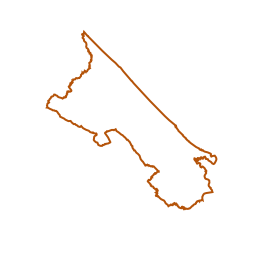 Tha Sala, Nakhon Si Thammarat, Thailand (Equal Earth projection), rotated 322°
{"feature_id": "78962969B88164862603856", "entity_name": "Tha Sala", "entity_type": "district", "adm_level": 2, "iso_a3": "THA", "parent_name": "Thailand", "parent_adm1": "Nakhon Si Thammarat", "projection": "equal_earth", "projection_center": [99.868, 8.707], "detail": "fine", "context": "isolated", "style": "outline", "palette": "amber", "viewbox_px": 256, "rotation_deg": 322, "n_neighbors": 0, "source": "geoboundaries", "source_scale": "gbopen_adm2", "svg_char_len": 5892}
<svg xmlns="http://www.w3.org/2000/svg" viewBox="0 0 256 256"><g transform="rotate(322 128 128)"><path d="M179.3,203.2L177.5,202.2L176.1,201.8L176.2,200.7L177.3,199.7L177.3,199.1L175.8,196.3L173.9,193.8L173.4,192.7L173.3,191.5L172.5,191.4L172.4,190.0L171.9,190.1L171.6,189.9L171.2,188.8L171.5,188.1L170.0,185.0L168.0,178.1L168.0,177.6L167.6,176.3L167.8,176.0L167.2,174.2L167.3,174.0L167.0,172.0L167.3,171.8L166.7,169.0L166.6,167.7L166.9,167.5L166.0,161.3L166.2,160.8L166.3,157.8L167.0,156.2L166.2,156.2L166.6,155.1L167.0,155.1L165.3,147.4L164.4,141.6L162.0,120.3L160.0,96.2L160.0,93.3L159.8,93.2L159.2,80.3L159.3,75.7L158.6,74.0L158.2,69.0L157.2,64.1L155.3,51.5L153.0,31.8L153.1,30.9L152.8,30.7L152.5,25.2L152.1,25.5L151.6,26.7L149.9,25.9L149.5,25.9L149.3,26.5L149.9,27.7L149.8,28.3L148.1,28.6L147.7,29.1L147.9,30.8L147.1,32.1L147.0,32.7L147.4,34.6L147.3,35.4L146.5,36.9L145.1,38.2L144.7,39.5L145.1,40.7L144.9,42.3L144.7,42.6L144.0,42.7L143.8,43.2L143.9,43.7L144.4,43.9L144.1,45.1L143.8,45.4L144.5,45.8L144.0,47.1L144.2,48.4L143.7,48.9L143.5,48.6L143.4,49.4L142.9,49.9L142.6,49.7L142.2,50.4L141.1,51.9L140.7,51.6L140.1,52.5L139.9,52.3L139.3,52.8L137.5,52.9L136.8,54.5L136.0,55.0L136.1,55.7L135.2,55.9L135.1,56.2L134.9,56.2L134.9,57.4L132.4,57.3L130.6,58.1L129.5,57.8L129.3,57.9L129.3,56.5L129.2,56.3L128.7,56.8L127.5,56.8L127.1,57.2L126.5,57.4L126.3,56.5L126.0,57.0L125.3,56.7L124.9,57.1L123.6,57.2L123.0,58.1L120.5,58.7L120.0,58.2L118.6,57.7L118.2,57.0L117.7,56.7L116.3,57.1L115.4,56.5L114.7,56.5L114.6,56.2L114.0,56.6L113.6,56.2L113.4,56.6L112.4,57.1L112.4,58.0L112.0,58.1L111.6,57.3L111.4,57.4L111.6,57.8L111.3,58.1L110.5,57.4L109.9,58.5L109.4,58.1L109.2,58.6L108.6,58.5L108.4,59.0L107.6,59.2L107.2,58.8L106.8,58.9L106.6,59.7L106.6,63.1L106.3,63.8L105.9,64.0L104.6,63.7L104.0,62.6L103.1,62.1L102.9,62.7L102.1,62.4L101.9,62.9L101.1,63.1L101.0,63.7L100.7,63.7L100.0,64.3L98.8,64.4L98.5,64.7L98.6,65.1L98.0,65.5L97.6,65.4L97.1,64.8L96.8,64.9L96.2,64.3L95.6,64.7L94.5,64.5L94.3,63.7L92.5,61.3L91.9,60.0L92.1,59.4L91.9,58.7L91.4,58.1L91.1,56.9L90.4,56.2L88.9,56.8L87.9,56.7L87.1,56.2L86.5,56.3L85.2,57.0L84.2,57.0L83.2,57.5L81.8,57.5L81.6,57.9L81.6,59.2L80.7,59.4L80.1,59.1L79.2,59.4L78.5,60.2L78.0,60.4L77.4,61.8L76.7,62.0L77.5,62.9L78.1,64.5L79.4,66.9L79.5,67.6L80.7,68.7L81.1,69.7L81.9,70.3L82.2,71.7L82.0,74.0L82.2,75.4L81.5,77.3L83.5,81.4L83.8,82.9L85.3,85.9L87.1,87.1L87.1,89.1L87.6,91.5L88.7,92.2L88.9,93.6L89.6,94.8L89.7,96.1L90.7,97.5L91.0,97.7L92.3,97.6L92.5,100.5L93.9,103.7L95.4,106.0L95.7,108.0L96.8,109.6L97.2,109.6L97.7,110.0L97.8,110.5L97.6,110.7L98.8,112.1L99.1,112.8L99.6,112.9L99.5,113.6L98.8,114.2L97.0,113.9L96.0,114.1L93.7,116.3L93.6,117.5L94.0,119.5L94.9,120.7L94.2,123.1L95.2,125.0L96.5,126.1L97.6,125.8L98.3,126.5L100.0,126.4L100.4,127.0L100.9,126.9L102.9,128.0L105.2,128.4L105.4,128.2L106.5,123.1L106.7,118.0L107.0,117.7L107.8,117.6L108.6,118.0L109.5,117.6L110.2,118.3L114.0,119.5L115.5,120.7L115.6,121.1L117.5,121.4L117.1,123.4L117.9,125.5L118.7,129.2L119.3,130.3L119.5,132.2L119.9,133.9L119.9,136.7L120.5,137.0L120.6,139.3L120.8,139.7L120.2,143.1L120.0,143.4L120.3,145.1L120.1,145.3L119.9,145.1L119.2,147.1L119.3,148.3L119.0,149.4L119.6,149.9L119.4,152.6L119.9,154.5L120.1,156.8L118.8,160.4L118.8,162.6L119.0,163.8L118.6,168.1L119.3,168.0L119.8,168.8L120.4,168.8L120.3,169.2L120.7,169.2L121.0,169.8L121.3,169.9L121.3,170.3L121.5,170.4L121.4,170.7L121.6,170.7L122.3,172.2L122.7,172.3L123.0,172.8L123.1,172.6L123.7,173.0L124.3,174.0L124.6,174.1L125.3,180.6L125.6,181.0L125.3,181.3L125.1,181.0L124.9,181.1L124.3,180.5L122.9,180.9L122.3,180.6L122.1,180.8L121.8,180.5L121.6,181.0L121.3,181.0L120.7,180.4L120.2,180.3L119.4,180.7L117.4,180.8L116.9,181.4L116.6,181.2L116.5,181.8L115.9,181.5L115.3,181.6L114.9,182.3L113.2,182.5L112.3,181.6L111.5,182.1L111.0,182.0L110.7,182.3L111.1,186.0L110.8,186.3L111.0,187.3L110.5,187.6L110.7,188.5L111.6,189.5L111.6,190.6L111.3,191.2L111.7,191.9L111.8,193.1L113.1,193.6L113.0,195.5L112.7,195.7L112.1,195.1L111.8,195.1L111.6,196.2L110.5,196.1L110.8,196.6L110.9,197.5L110.4,197.7L109.9,197.4L109.4,198.1L108.4,198.4L108.3,198.9L108.8,199.2L109.1,200.0L109.7,199.8L109.9,202.6L110.3,204.6L111.7,207.3L111.7,208.9L111.4,209.8L111.5,211.6L112.0,212.8L111.7,214.5L114.4,214.7L114.3,215.0L114.8,215.1L115.2,216.0L115.7,216.3L116.7,215.7L117.0,216.2L117.5,215.9L117.9,216.5L118.1,215.7L118.4,215.7L118.7,216.5L118.5,217.1L118.5,217.5L119.1,217.2L119.5,217.3L119.5,217.6L119.1,217.7L118.8,218.3L119.5,219.2L119.1,220.0L119.1,220.6L119.4,220.9L119.3,222.1L120.5,224.0L121.4,224.2L122.0,223.3L122.3,223.4L123.2,224.9L122.7,225.3L122.0,225.3L122.1,226.5L122.4,226.5L122.7,226.0L123.2,226.9L123.7,226.6L124.7,228.1L126.3,229.1L126.8,229.0L127.4,229.4L130.9,229.0L131.5,229.2L132.4,228.9L133.4,229.0L134.2,229.4L135.1,229.3L135.4,228.8L137.1,228.4L137.3,228.6L137.5,228.4L139.2,229.0L139.2,229.7L139.6,229.4L140.2,229.5L140.9,230.1L142.1,230.0L142.4,230.8L143.1,229.4L144.2,228.0L146.4,226.9L147.7,226.7L149.5,227.4L155.1,230.5L155.9,228.5L155.8,227.3L156.0,226.3L156.2,226.1L155.9,225.8L156.1,224.8L155.9,223.8L156.1,223.1L157.0,222.0L158.4,221.3L159.7,219.4L159.4,218.0L157.9,215.8L157.9,215.0L158.2,214.0L158.7,213.0L159.4,212.5L161.9,211.6L162.1,211.2L162.3,210.0L163.1,210.2L163.4,209.8L163.3,209.0L163.6,206.6L163.1,204.3L162.7,204.0L161.7,204.3L161.2,203.5L161.7,201.7L162.9,200.9L163.0,200.2L162.3,199.1L160.9,198.9L160.5,198.5L160.9,196.7L160.9,194.0L161.1,193.3L161.7,192.9L162.3,193.9L162.2,194.3L161.7,195.4L162.0,196.4L162.4,196.8L163.3,196.7L163.5,196.2L163.6,194.9L164.4,194.6L165.5,195.6L165.5,197.0L166.3,196.9L166.8,196.2L167.4,196.0L168.0,196.5L167.7,197.9L168.1,198.3L170.2,197.6L171.0,198.0L170.9,199.3L170.4,199.8L170.3,200.3L171.7,201.7L171.4,203.0L172.5,205.8L172.6,207.9L173.3,209.1L174.2,209.2L175.3,208.8L177.5,207.8L178.4,207.1L179.0,206.1L179.3,204.6L179.3,203.2Z" fill="none" stroke="#b45309" stroke-width="2"/></g></svg>